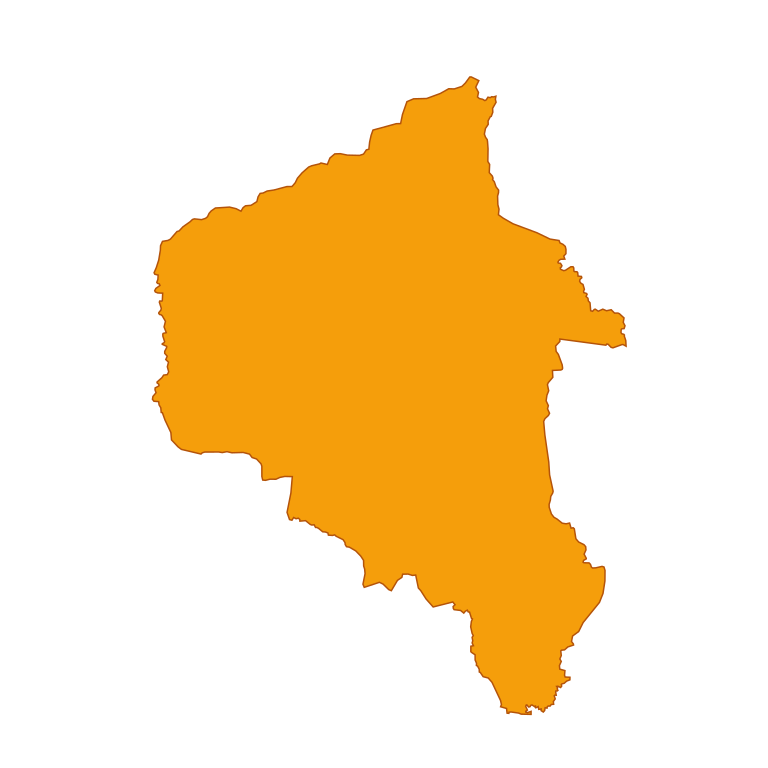 outline of Cam Lo, Quảng Trị, Vietnam, rotated 96°
{"feature_id": "81297802B81560237884054", "entity_name": "Cam Lo", "entity_type": "district", "adm_level": 2, "iso_a3": "VNM", "parent_name": "Vietnam", "parent_adm1": "Quảng Trị", "projection": "orthographic", "projection_center": [107.0, 16.785], "detail": "fine", "context": "isolated", "style": "filled", "palette": "amber", "viewbox_px": 768, "rotation_deg": 96, "n_neighbors": 0, "source": "geoboundaries", "source_scale": "gbopen_adm2", "svg_char_len": 6133}
<svg xmlns="http://www.w3.org/2000/svg" viewBox="0 0 768 768"><g transform="rotate(96 384 384)"><path d="M697.2,203.2L694.2,203.5L695.8,206.9L695.5,208.7L694.6,208.8L693.3,207.3L689.8,209.4L688.4,209.0L688.2,208.4L690.1,206.4L689.7,205.1L688.2,204.4L687.7,203.3L688.9,200.9L688.5,199.8L689.8,199.8L690.2,199.2L688.7,197.0L691.4,196.1L690.8,193.7L692.4,193.6L693.6,191.3L692.0,190.1L689.1,189.9L689.3,188.0L688.0,187.9L687.1,187.1L686.9,185.1L685.2,184.1L684.8,181.8L682.1,182.4L679.3,180.8L676.3,182.1L675.5,181.4L675.5,180.2L672.3,181.1L671.2,180.9L671.2,179.7L670.5,179.0L669.1,179.9L668.0,179.6L666.7,180.7L666.4,179.4L667.4,176.6L665.8,175.7L664.3,176.3L663.7,175.8L662.8,173.5L660.4,171.3L658.8,168.2L656.2,168.4L656.5,173.2L654.8,174.0L650.1,174.1L649.2,179.4L645.7,180.1L641.4,178.7L639.1,180.4L635.5,179.3L631.0,180.3L630.2,179.7L629.5,176.6L626.3,173.7L623.8,168.2L622.7,168.5L620.5,170.6L614.9,170.1L609.8,164.5L600.4,161.0L578.7,146.9L569.4,144.3L556.8,143.7L546.3,144.7L543.0,146.1L542.6,148.1L544.7,154.2L545.2,157.4L544.4,158.6L541.8,159.8L540.5,161.3L540.9,166.4L540.4,167.4L538.6,167.1L536.8,164.6L536.2,164.6L532.3,167.2L527.9,165.8L524.7,166.4L522.9,168.3L520.8,173.9L517.8,177.0L508.1,179.6L507.2,180.8L507.8,182.9L502.9,184.9L504.0,188.3L503.8,192.2L500.2,197.8L498.8,201.0L495.8,203.9L489.4,206.8L486.4,207.2L482.0,206.4L478.4,206.4L474.7,204.8L472.9,204.6L457.1,209.8L444.3,212.0L417.8,218.7L404.5,221.3L401.6,220.3L398.1,217.2L395.8,216.3L391.6,218.8L388.3,218.3L383.8,221.0L378.2,220.8L373.5,219.5L367.6,221.4L365.5,220.8L359.7,216.8L352.9,217.9L351.6,209.6L350.8,208.3L349.6,208.0L346.3,208.8L336.3,213.7L333.6,216.2L328.3,217.3L323.4,213.6L320.9,213.8L322.2,167.4L320.9,166.5L321.1,165.2L323.8,162.0L324.1,160.1L319.9,151.4L319.8,150.3L321.1,147.2L315.5,148.1L311.3,150.0L310.2,150.0L309.5,150.7L309.2,152.7L308.1,153.7L304.9,153.8L304.3,153.3L303.8,151.0L300.9,150.4L297.7,152.5L293.2,152.2L289.5,157.2L289.0,158.8L289.4,162.1L286.4,165.8L287.9,170.4L286.7,174.2L289.2,178.5L287.5,181.7L287.8,182.6L289.9,184.2L289.5,186.1L281.7,187.6L280.0,189.5L277.4,190.1L275.9,192.2L273.5,191.4L272.8,192.0L272.2,194.9L270.7,195.2L268.9,194.6L264.2,196.5L263.2,198.7L261.4,200.2L259.5,200.0L257.7,198.4L256.4,198.9L256.4,202.3L253.0,203.0L252.2,203.8L252.3,206.3L251.7,207.0L248.7,207.4L247.6,208.3L247.9,210.5L252.0,215.5L252.5,217.2L251.4,220.5L249.9,220.8L249.1,219.8L247.7,219.4L245.5,221.1L245.5,223.3L244.6,223.8L242.5,222.7L241.5,221.3L240.9,217.2L238.0,218.6L235.4,216.7L231.1,217.1L228.2,218.1L226.4,220.6L225.3,223.7L223.0,224.9L222.5,234.1L217.6,247.7L211.2,272.4L206.7,282.6L203.7,287.9L198.1,287.9L193.8,289.5L185.2,290.7L181.8,290.1L179.2,290.3L176.2,293.2L171.4,295.4L169.3,297.4L167.9,297.1L165.9,298.0L162.8,301.4L154.6,301.9L151.8,304.0L139.3,305.1L132.0,306.4L130.2,306.9L128.0,308.8L125.0,310.3L119.2,309.8L114.9,307.5L111.5,308.0L107.2,306.3L106.6,305.3L102.3,304.2L98.5,304.8L92.1,302.0L89.2,303.0L86.1,302.8L87.1,305.2L87.0,306.9L88.1,308.3L87.9,310.6L90.7,312.0L91.6,313.3L90.5,315.7L90.2,318.9L88.8,321.0L84.2,320.5L79.2,323.8L72.4,321.4L69.5,329.3L69.7,330.8L76.1,334.5L79.9,337.6L83.2,345.0L83.6,350.5L89.2,358.4L95.6,371.4L97.3,384.4L100.8,390.7L114.0,393.8L123.3,394.7L123.8,398.9L132.6,421.5L138.0,422.8L144.9,423.6L152.1,423.6L153.0,426.0L157.5,428.4L159.2,432.2L160.2,444.3L159.5,451.5L160.3,457.0L164.9,461.4L171.6,463.3L170.8,469.8L171.8,471.1L174.5,478.7L176.1,481.6L182.5,487.5L188.4,491.6L193.1,493.3L197.2,496.1L197.8,501.2L202.6,513.8L204.3,520.4L206.7,524.2L207.4,527.1L211.0,528.8L215.9,529.5L220.2,534.9L221.2,540.2L221.9,541.1L223.4,542.6L227.1,544.3L225.1,549.4L224.2,556.1L226.6,570.1L230.0,574.0L232.6,575.8L236.1,577.0L237.9,578.8L239.6,582.6L239.6,589.9L240.4,591.7L243.0,593.9L248.6,600.3L253.2,603.8L254.0,605.8L262.3,611.6L263.8,613.9L265.3,619.2L269.8,620.7L274.4,620.4L284.3,621.0L292.0,622.6L297.4,624.3L298.8,623.4L299.3,620.0L303.6,619.8L306.6,620.6L307.6,619.8L307.9,617.9L309.4,617.1L312.8,620.9L315.2,621.8L316.4,621.0L317.1,618.5L316.8,613.6L324.1,613.2L324.8,613.6L324.9,615.7L326.1,616.0L332.0,613.4L333.8,613.6L336.5,615.4L337.3,615.4L338.3,614.5L338.5,612.8L339.3,611.7L344.5,607.9L350.2,608.7L355.7,605.9L356.7,608.8L357.4,609.2L359.6,608.9L364.8,606.6L365.8,606.9L367.1,608.7L367.7,608.7L369.3,604.0L370.6,604.0L374.4,605.5L376.4,605.3L379.0,602.5L382.5,603.6L384.8,600.6L389.5,601.3L394.4,599.4L397.3,600.5L398.2,604.1L400.9,605.5L405.7,609.9L406.6,609.8L407.7,608.1L408.8,607.6L409.6,607.9L411.8,611.2L413.8,611.1L416.5,609.8L420.5,612.5L423.4,612.7L425.2,611.0L425.1,606.3L428.3,605.5L431.0,603.5L435.6,602.6L435.7,601.4L442.8,598.0L454.5,590.9L461.8,589.5L468.0,582.3L470.2,578.7L472.8,558.7L471.4,557.5L470.4,555.1L468.9,541.2L469.1,537.7L467.7,533.1L468.3,528.1L466.8,516.9L467.8,510.4L470.9,507.5L471.9,502.9L476.2,498.0L478.5,496.9L488.7,495.8L492.2,494.6L492.2,491.8L490.6,487.5L490.0,481.5L487.8,477.8L486.3,473.0L485.7,465.5L502.2,465.2L521.8,467.0L528.7,463.8L529.1,461.3L526.2,459.9L527.2,457.4L526.4,455.2L527.5,453.6L529.2,453.3L528.1,447.7L531.4,442.6L531.8,441.0L531.3,438.8L533.8,437.1L533.7,435.8L534.4,434.0L537.4,429.5L537.3,426.9L538.0,424.2L540.1,423.5L540.0,419.4L539.2,417.3L540.4,415.7L543.1,408.4L545.8,406.2L547.7,405.8L549.7,404.3L549.9,401.4L552.9,394.7L557.5,389.2L561.5,385.9L567.1,385.2L570.1,383.9L574.6,383.0L585.3,384.0L588.3,382.4L581.7,367.8L583.1,364.0L588.0,357.8L588.8,355.1L577.9,350.1L574.4,346.0L571.2,345.6L570.5,340.2L571.4,335.7L570.7,332.5L583.3,328.5L585.6,325.9L593.5,319.6L600.6,311.8L593.6,292.8L596.1,290.3L598.1,292.0L600.0,291.6L601.1,290.7L601.2,284.2L603.5,280.7L601.5,279.4L600.2,277.5L601.9,276.4L601.9,275.1L607.9,272.5L608.4,271.5L611.1,272.3L616.5,272.4L622.8,270.3L624.9,268.9L626.7,269.9L630.1,268.9L632.3,269.3L634.9,267.7L635.7,270.2L640.9,269.7L641.6,269.2L643.8,265.1L649.0,264.5L652.0,262.8L654.3,262.7L654.7,261.5L657.7,259.5L660.5,259.1L660.8,258.1L664.7,254.8L665.5,249.6L669.4,245.4L686.6,235.0L690.5,233.7L692.8,234.3L693.9,228.2L698.5,227.2L698.5,225.4L697.3,225.4L696.9,223.3L697.2,215.7L698.0,213.1L697.2,203.2Z" fill="#f59e0b" stroke="#b45309" stroke-width="1.5"/></g></svg>